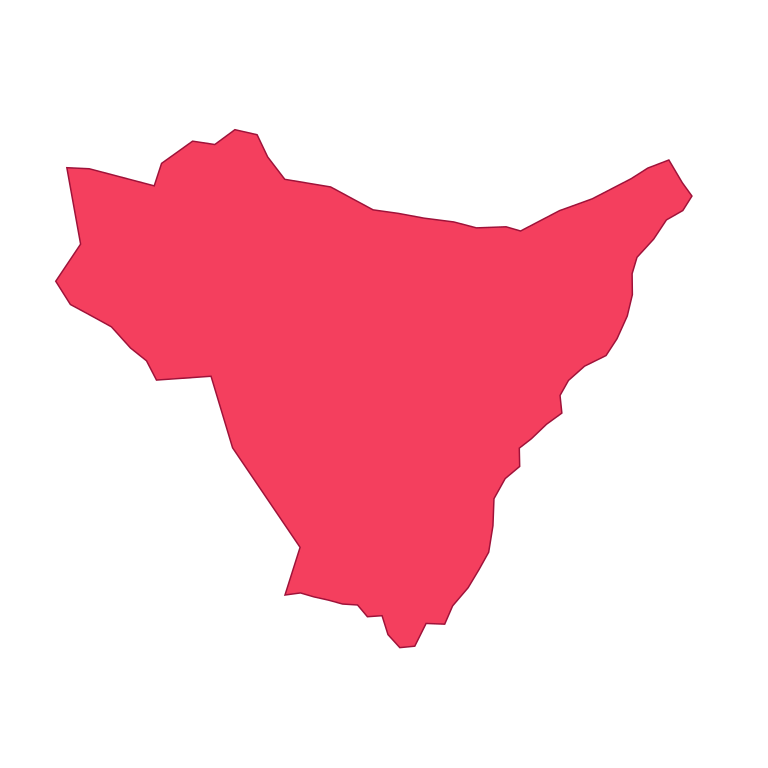 outline of Juripiranga, Paraíba, Brazil, rotated 176°
{"feature_id": "56859067B44866664543789", "entity_name": "Juripiranga", "entity_type": "district", "adm_level": 2, "iso_a3": "BRA", "parent_name": "Brazil", "parent_adm1": "Paraíba", "projection": "robinson", "projection_center": [-35.224, -7.348], "detail": "fine", "context": "isolated", "style": "filled", "palette": "rose", "viewbox_px": 768, "rotation_deg": 176, "n_neighbors": 0, "source": "geoboundaries", "source_scale": "gbopen_adm2", "svg_char_len": 1053}
<svg xmlns="http://www.w3.org/2000/svg" viewBox="0 0 768 768"><g transform="rotate(176 384 384)"><path d="M84.2,587.6L105.8,581.0L123.3,571.5L163.4,554.2L196.8,544.7L237.1,527.1L251.2,532.3L280.9,533.3L303.1,540.8L332.7,546.7L357.8,553.2L382.8,558.5L423.5,584.3L468.7,595.1L484.2,618.6L493.2,641.5L515.0,648.1L536.1,634.7L558.0,639.6L590.5,619.6L599.4,597.7L663.1,619.3L685.3,621.9L676.9,544.7L704.3,509.4L691.3,485.2L669.1,471.1L651.9,460.0L634.3,437.5L619.3,423.7L610.7,403.8L556.0,403.8L539.5,330.9L479.1,226.9L497.5,180.4L481.9,181.4L468.7,176.5L454.6,172.3L440.7,167.4L425.8,165.4L416.8,153.0L402.1,153.0L397.5,133.7L386.6,119.9L371.6,120.3L358.7,142.2L340.2,140.2L331.0,157.9L314.3,174.9L302.2,192.2L291.3,208.9L285.2,235.0L282.3,261.9L269.7,281.2L254.4,292.3L253.5,310.6L240.8,319.1L224.7,332.5L208.6,342.6L209.2,360.3L199.7,374.7L182.7,387.8L160.5,396.9L148.4,412.9L136.6,434.8L130.0,455.8L128.8,476.7L122.8,492.7L104.9,509.7L90.8,528.0L73.8,536.2L63.7,550.0L72.4,564.0L84.2,587.6Z" fill="#f43f5e" stroke="#9f1239" stroke-width="1.5"/></g></svg>